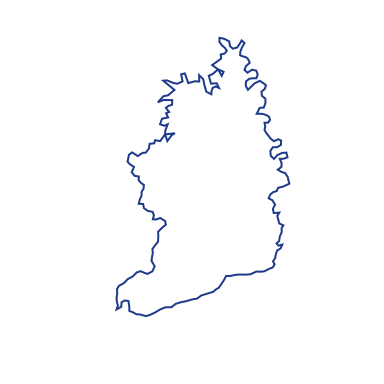 Almirante Tamandaré do Sul, Rio Grande do Sul, Brazil (Mercator projection), rotated 54°
{"feature_id": "56859067B35776288665793", "entity_name": "Almirante Tamandaré do Sul", "entity_type": "district", "adm_level": 2, "iso_a3": "BRA", "parent_name": "Brazil", "parent_adm1": "Rio Grande do Sul", "projection": "mercator", "projection_center": [-52.924, -28.143], "detail": "fine", "context": "isolated", "style": "outline", "palette": "blue", "viewbox_px": 384, "rotation_deg": 54, "n_neighbors": 0, "source": "geoboundaries", "source_scale": "gbopen_adm2", "svg_char_len": 3224}
<svg xmlns="http://www.w3.org/2000/svg" viewBox="0 0 384 384"><g transform="rotate(54 192 192)"><path d="M163.0,80.1L159.7,77.8L155.1,78.9L151.7,76.8L151.3,72.2L149.0,69.4L145.8,70.3L141.9,71.9L140.9,77.5L141.6,82.4L142.2,86.7L137.7,86.1L134.3,83.3L134.1,79.0L135.7,76.0L137.8,73.1L135.5,69.7L131.5,68.7L128.4,71.5L128.1,77.0L124.1,77.8L121.9,74.3L121.4,69.4L117.5,68.5L114.7,69.1L112.4,71.0L109.7,72.7L107.0,70.6L104.4,66.6L102.4,62.0L98.6,62.8L100.3,66.6L101.6,70.5L100.1,74.7L96.3,75.5L92.1,73.4L88.4,75.1L85.8,76.8L83.5,79.2L86.8,81.6L90.7,81.6L94.8,80.7L98.1,80.7L99.2,84.1L97.6,87.9L101.2,90.0L101.2,101.1L108.1,98.8L108.7,106.0L107.8,110.1L115.5,112.9L118.6,108.1L123.7,109.0L120.6,110.8L119.9,114.0L121.6,116.6L124.3,118.9L119.2,121.5L112.3,118.9L107.3,116.6L101.7,117.6L106.9,121.2L104.1,124.6L101.7,131.0L91.8,128.1L90.4,131.6L97.0,134.6L95.8,140.2L92.9,143.0L87.0,146.6L85.1,149.8L99.1,146.2L99.7,154.5L97.7,158.9L99.4,166.9L100.8,161.0L106.0,154.0L109.7,156.8L108.5,160.5L108.6,163.7L113.8,163.5L113.1,166.7L117.6,167.5L115.1,173.2L118.4,178.0L122.3,175.3L122.9,171.9L126.6,177.4L129.6,179.9L132.1,187.9L128.4,191.4L130.4,194.0L128.1,198.0L131.5,201.3L133.0,206.3L131.3,209.0L131.0,214.8L124.8,217.1L124.8,221.1L129.6,226.3L133.0,225.9L137.7,224.2L140.5,229.1L145.1,229.0L148.2,225.9L151.0,228.2L154.4,228.0L158.0,226.8L160.8,229.2L162.3,232.8L165.3,234.9L167.2,238.4L170.2,242.0L173.0,238.6L176.8,240.4L181.2,238.9L184.9,235.6L188.5,236.5L191.0,239.7L193.1,237.3L194.4,232.9L199.7,230.8L203.1,232.3L203.3,236.8L204.2,242.8L207.8,245.1L212.3,248.8L213.4,253.1L214.9,257.6L218.1,259.4L220.7,262.1L223.8,265.2L230.2,265.9L232.9,270.7L232.1,276.2L228.3,278.7L225.8,280.2L224.6,284.0L225.5,289.6L224.7,295.4L225.7,300.3L225.0,306.5L226.6,309.9L229.7,311.8L233.9,315.7L237.2,317.6L240.2,318.5L242.6,322.0L243.3,316.7L239.8,313.8L240.2,310.2L242.9,307.5L247.5,309.9L251.5,312.6L254.7,310.4L258.0,309.0L261.0,305.6L265.3,302.3L266.8,298.0L267.8,292.5L268.3,286.9L269.6,281.3L273.1,276.4L272.9,271.0L274.8,265.4L276.5,261.9L279.0,255.1L281.2,250.6L281.2,245.3L282.6,241.1L284.1,236.8L285.2,233.7L284.9,229.8L285.2,226.6L283.8,222.6L282.4,218.7L280.0,213.7L282.5,210.2L284.6,205.5L286.8,201.9L290.0,197.7L292.9,193.1L294.2,186.7L297.0,183.1L298.6,180.2L299.4,175.4L300.5,170.9L299.1,167.7L295.7,167.2L294.4,163.7L291.6,160.7L289.4,157.5L289.7,153.4L287.6,149.9L286.2,153.6L283.3,153.8L282.9,150.4L279.6,147.1L277.0,142.8L274.0,140.9L272.7,137.7L268.7,139.9L265.0,138.4L261.4,137.1L260.0,133.5L257.1,138.2L253.2,136.5L251.0,132.2L245.9,131.8L242.2,133.7L240.1,130.3L239.8,126.5L241.0,122.9L239.2,119.8L241.2,115.0L242.5,108.3L239.2,107.1L235.9,105.7L231.5,105.5L228.0,108.0L224.4,109.5L224.3,105.0L221.3,102.5L216.8,101.5L218.9,98.5L220.1,94.4L215.6,92.5L213.4,96.1L212.3,101.1L213.4,106.2L209.1,107.0L204.9,104.6L203.3,100.3L205.8,96.7L206.2,92.4L202.8,89.7L200.0,91.2L199.1,95.8L195.2,97.0L191.1,97.1L187.9,97.2L184.5,96.9L182.0,94.2L178.6,92.6L180.6,89.6L179.5,86.5L176.5,85.4L173.7,86.5L171.3,88.2L168.9,90.6L166.8,93.7L163.7,87.8L165.9,84.3L163.0,80.1ZM129.6,179.9L134.4,171.3L134.1,175.1L136.3,182.0L129.6,179.9ZM108.1,98.8L113.3,95.8L115.5,99.7L108.1,98.8Z" fill="none" stroke="#1e3a8a" stroke-width="2"/></g></svg>